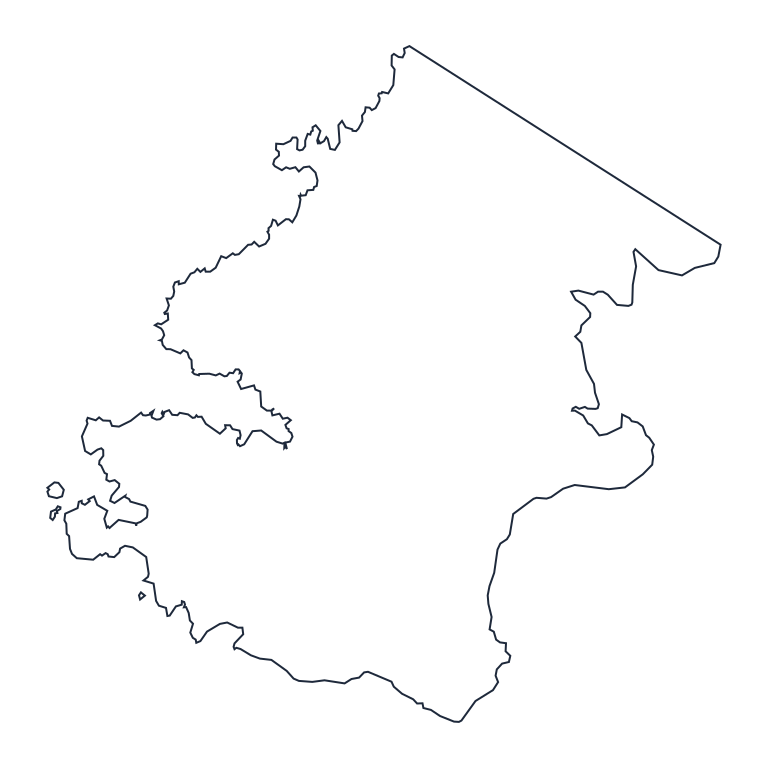 outline of Rorya, Mara, United Republic of Tanzania
{"feature_id": "72390352B17164070988815", "entity_name": "Rorya", "entity_type": "district", "adm_level": 2, "iso_a3": "TZA", "parent_name": "United Republic of Tanzania", "parent_adm1": "Mara", "projection": "robinson", "projection_center": [33.963, -1.299], "detail": "fine", "context": "isolated", "style": "outline", "palette": "slate", "viewbox_px": 768, "rotation_deg": 0, "n_neighbors": 0, "source": "geoboundaries", "source_scale": "gbopen_adm2", "svg_char_len": 6051}
<svg xmlns="http://www.w3.org/2000/svg" viewBox="0 0 768 768"><path d="M489.6,629.4L491.6,617.0L488.4,603.9L487.7,595.4L489.5,586.1L494.2,572.8L497.5,549.6L500.3,543.6L506.9,539.2L509.8,534.5L513.2,514.0L533.5,498.8L536.5,497.8L546.5,498.6L551.1,497.1L563.1,488.7L574.7,485.0L608.8,489.2L625.0,487.4L642.8,474.3L652.2,464.7L653.2,456.7L651.8,450.1L653.9,444.6L649.2,437.7L646.0,435.2L642.7,426.4L637.5,422.4L631.7,421.2L629.4,418.1L622.1,414.5L621.3,427.2L606.9,434.1L599.3,435.4L591.8,425.4L587.9,423.4L583.2,415.5L574.9,410.6L572.0,410.7L572.6,408.5L575.8,406.8L579.2,408.8L584.9,406.9L587.6,408.6L595.6,408.9L597.7,408.2L598.9,404.2L595.0,392.7L594.0,383.9L586.3,369.9L581.4,342.9L575.2,336.5L580.3,331.8L581.4,325.4L590.1,317.0L590.3,313.2L584.8,305.9L575.6,299.7L571.1,291.7L578.4,290.6L593.6,294.6L598.0,291.7L603.0,291.7L607.8,294.7L617.0,304.9L628.4,305.9L631.5,304.7L632.3,302.5L632.8,284.8L636.1,266.4L633.5,251.9L635.3,249.2L658.5,270.1L682.0,275.4L694.8,267.9L714.3,263.1L718.3,256.6L720.6,244.7L409.4,46.1L404.0,48.6L404.7,53.0L402.6,57.4L398.6,57.0L393.9,53.9L391.8,55.6L391.6,65.5L394.6,69.4L393.3,85.1L388.2,93.4L382.1,92.0L381.7,93.3L378.9,93.5L378.2,95.7L379.6,98.1L379.4,101.0L375.6,108.1L371.8,110.1L369.6,107.7L365.6,107.3L364.9,112.0L362.0,115.6L362.5,121.1L358.5,128.6L356.1,131.1L352.5,130.8L352.3,129.3L345.7,127.3L342.0,120.9L338.4,125.2L339.6,142.4L334.9,149.9L330.2,148.9L327.7,138.7L326.3,137.1L324.0,141.1L320.3,143.3L318.1,139.7L317.4,141.0L319.3,143.3L317.9,143.4L317.2,140.5L320.4,131.0L315.7,125.3L312.5,127.3L312.8,130.7L311.2,131.5L310.3,134.6L307.7,133.9L305.2,140.7L305.2,146.2L302.6,149.7L299.5,150.4L297.1,149.1L297.6,139.5L296.4,137.5L292.6,137.5L290.5,140.9L283.4,144.2L276.2,143.7L276.0,149.6L278.8,151.8L279.0,155.6L274.5,159.5L273.2,164.1L274.8,166.2L281.9,170.2L286.1,167.3L289.8,168.8L295.4,167.2L298.9,171.5L303.6,167.3L309.4,166.5L315.5,172.6L317.5,180.4L316.7,186.0L314.1,187.0L313.3,189.9L307.5,190.3L305.7,195.2L301.1,195.7L300.6,194.7L300.3,196.2L299.1,196.0L300.5,199.3L299.3,206.5L296.4,215.5L292.3,222.3L288.9,219.3L285.9,219.2L277.9,225.4L275.6,220.7L272.9,219.7L271.1,225.9L268.5,228.2L268.6,230.8L267.4,231.7L269.1,234.7L269.1,238.7L265.5,243.8L259.1,246.5L254.2,241.8L251.6,244.5L248.1,244.8L238.8,254.2L234.9,254.9L232.8,253.3L226.2,258.1L221.2,256.2L215.7,267.7L210.2,271.7L205.7,271.7L204.7,268.4L200.4,271.9L197.3,268.8L194.4,272.3L190.6,273.7L184.8,282.7L178.8,284.3L178.7,281.2L174.9,282.5L173.3,286.7L174.2,291.5L173.3,295.9L170.9,298.7L166.6,298.5L168.9,305.4L167.1,310.5L164.3,312.7L164.8,314.0L167.8,313.5L168.2,319.7L161.2,324.3L157.8,323.4L154.9,325.2L161.1,328.5L163.0,331.2L164.2,335.2L161.9,339.5L159.9,340.3L161.9,340.9L162.7,344.9L166.3,349.1L170.5,349.2L180.3,353.4L183.5,350.3L187.5,352.5L189.1,357.5L191.5,360.1L191.9,368.4L193.7,369.9L192.4,372.2L194.4,374.1L198.9,375.3L199.2,374.0L209.3,373.7L215.8,375.4L219.6,373.6L224.4,376.3L226.8,376.0L229.5,372.7L233.1,373.2L235.6,369.4L238.6,369.4L240.0,371.0L239.6,373.2L241.1,372.5L241.8,373.6L240.6,379.5L237.6,381.7L241.1,389.0L254.0,385.4L255.4,389.6L260.3,391.5L261.2,406.5L266.9,410.6L271.5,410.6L272.3,409.5L274.1,408.4L271.4,411.2L272.4,415.4L279.5,413.7L282.8,418.7L287.5,417.7L290.8,420.2L285.4,424.9L286.6,428.3L288.6,429.0L288.6,431.1L291.3,433.0L292.5,436.7L290.0,441.6L285.3,442.6L286.9,449.0L285.4,446.7L284.3,448.0L284.5,442.7L282.6,443.6L276.5,441.7L261.2,430.5L252.5,431.2L244.2,444.3L240.0,446.2L237.6,443.6L238.3,446.0L237.0,443.3L236.9,440.0L238.1,438.0L239.8,438.7L240.6,435.2L239.5,430.6L232.5,429.1L230.1,425.3L225.1,425.2L225.7,428.3L219.9,433.7L205.8,423.8L201.6,416.7L197.9,416.9L196.4,415.3L194.9,417.5L192.7,417.9L188.1,414.4L179.7,412.8L177.5,415.2L172.2,414.8L169.1,410.2L164.6,411.9L163.8,413.9L162.4,411.7L161.7,413.2L163.4,416.3L160.0,419.2L156.5,419.6L152.0,417.6L151.5,415.8L153.4,410.8L150.0,413.1L150.1,414.5L145.8,415.5L143.0,415.2L141.1,412.6L130.7,420.8L119.0,426.6L112.0,425.9L110.0,420.8L103.0,420.5L99.1,417.4L95.8,420.3L87.7,417.8L86.6,420.6L87.5,423.6L81.9,436.4L85.1,451.0L90.8,454.4L97.5,449.6L101.3,448.3L103.2,450.1L103.3,455.8L99.5,460.7L99.1,464.3L101.2,465.7L104.6,472.9L107.0,474.1L106.3,479.7L109.5,481.5L114.7,480.1L119.3,483.8L119.0,487.0L111.7,495.6L110.1,500.8L114.5,503.0L125.3,495.7L124.9,496.9L129.1,499.1L130.4,501.6L145.3,505.9L147.6,509.6L147.2,515.5L146.7,517.4L140.7,521.8L136.7,523.3L136.2,525.8L135.7,523.4L118.6,519.9L109.5,528.0L108.1,526.4L106.8,527.6L104.3,518.8L107.3,510.8L97.2,504.9L94.0,496.4L88.2,499.4L89.7,501.1L84.9,504.8L81.8,503.3L81.7,500.8L78.8,501.8L77.6,508.1L65.2,513.7L64.4,520.3L66.3,523.7L66.7,533.8L69.1,536.1L70.0,548.9L72.0,553.9L76.8,558.2L93.2,559.7L100.1,554.2L102.0,555.6L105.6,553.1L107.7,554.2L108.5,556.5L114.2,557.1L119.4,552.2L120.1,548.6L125.0,545.8L132.8,547.4L146.2,557.0L148.7,573.7L148.0,576.8L143.5,580.5L153.6,583.6L156.1,600.9L158.9,605.7L166.0,607.9L167.4,616.0L169.7,615.6L175.9,606.4L181.7,604.7L181.9,601.2L184.2,602.0L185.0,604.6L183.9,607.3L186.1,607.1L188.7,613.0L189.9,620.5L193.0,623.7L190.3,632.6L192.8,637.8L195.7,639.6L196.3,642.8L200.4,641.1L207.0,631.6L219.9,623.9L227.2,622.5L238.0,627.7L242.4,627.7L243.2,634.2L234.5,643.4L233.6,646.8L234.5,649.2L236.3,647.8L240.5,649.0L250.9,655.3L259.9,658.6L271.4,659.9L286.7,670.9L293.6,678.6L298.9,680.9L312.3,681.9L324.5,680.3L344.6,683.4L351.5,679.0L359.1,677.6L364.1,672.4L368.0,671.8L391.5,681.7L393.8,686.7L402.1,693.8L413.2,699.3L417.1,703.5L422.5,703.3L423.4,708.0L430.9,709.9L440.0,716.0L454.0,721.6L458.9,721.9L461.4,720.6L475.5,701.0L493.0,690.1L498.1,682.1L495.6,675.7L496.8,669.4L502.1,663.6L508.9,662.0L510.3,655.8L505.6,651.3L506.0,643.2L500.0,642.4L496.1,639.6L493.8,631.7L489.6,629.4ZM58.4,482.9L54.4,482.4L47.4,487.8L49.2,489.5L47.4,491.6L48.9,496.2L56.9,498.1L62.1,496.3L63.8,489.8L58.4,482.9ZM60.5,507.3L57.8,506.3L55.8,509.5L51.0,511.6L50.2,517.9L52.7,520.0L54.9,516.7L55.1,513.4L57.4,513.0L56.8,511.1L60.3,509.0L60.5,507.3ZM144.9,595.6L140.9,592.4L139.0,595.3L140.1,599.5L144.9,595.6Z" fill="none" stroke="#1e293b" stroke-width="2"/></svg>